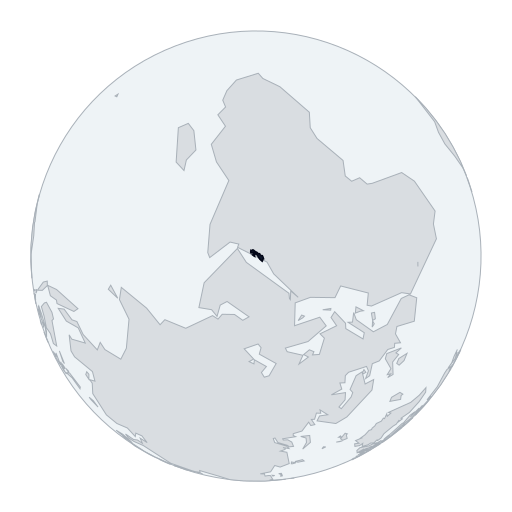 the Earth from above Semenawi Keyih Bahri, rotated 159°
{"feature_id": "ERI-1562", "entity_name": "Semenawi Keyih Bahri", "entity_type": "Region", "adm_level": 1, "iso_a3": "ERI", "parent_name": "Eritrea", "parent_adm1": "", "projection": "orthographic", "projection_center": [39.644, 16.17], "detail": "fine", "context": "on_globe", "style": "filled", "palette": "ink", "viewbox_px": 512, "rotation_deg": 159, "n_neighbors": 0, "source": "natural_earth", "source_scale": "10m", "svg_char_len": 12142}
<svg xmlns="http://www.w3.org/2000/svg" viewBox="0 0 512 512"><g transform="rotate(159 256 256)"><circle cx="256" cy="256" r="225" fill="#eef3f6" stroke="#a8b0b8"/><path d="M200.3,37.7L200.2,37.7L199.5,37.9L200.3,37.7ZM196.1,38.8L198.0,38.4L202.8,37.2L205.6,36.6L204.9,37.0L198.5,38.4L198.0,38.5L195.7,39.2L192.9,39.9L193.9,39.7L186.3,41.9L192.7,40.4L185.6,42.8L180.9,44.1L183.0,43.0L181.1,43.5L196.1,38.8ZM147.0,58.9L153.1,55.6L155.2,54.6L163.4,50.8L160.4,52.6L153.1,56.6L146.1,60.1L142.7,62.3L147.9,60.4L133.6,69.0L121.9,79.1L118.4,81.6L114.0,82.9L117.5,78.6L114.0,81.1L130.0,69.3L147.0,58.9ZM112.4,82.4L113.7,81.7L104.9,89.2L102.7,91.3L102.1,92.2L104.8,90.2L101.4,93.4L98.3,95.2L101.3,92.2L102.3,91.5L103.9,89.9L112.4,82.4ZM31.4,238.4L31.4,239.1L30.8,249.9L30.7,253.6L31.4,238.4ZM30.7,255.4L30.8,258.8L30.9,262.6L34.7,278.1L39.5,292.9L41.3,306.1L41.1,317.3L49.8,346.3L50.2,347.7L44.3,333.0L39.4,317.9L35.6,302.6L32.9,287.0L31.2,271.2L30.7,255.4ZM164.5,50.2L163.9,50.5L162.7,51.0L164.5,50.2ZM168.5,48.4L167.5,48.8L169.3,48.1L169.9,47.8L168.5,48.4ZM176.8,45.1L180.7,43.8L169.4,48.2L172.4,46.8L176.8,45.1ZM204.7,36.7L199.5,38.0L204.5,36.7L204.7,36.7ZM229.4,32.3L228.5,32.4L222.6,33.3L218.2,33.9L220.8,33.6L207.2,36.1L208.6,35.8L229.4,32.3ZM301.7,35.4L301.3,35.4L299.8,35.0L301.7,35.4ZM207.1,36.3L208.7,35.9L215.2,34.7L213.1,35.4L211.6,35.5L207.1,36.3ZM238.2,31.4L239.8,31.3L229.1,32.4L230.8,32.1L238.2,31.4ZM209.8,36.0L211.8,35.9L208.1,36.9L205.9,36.8L209.8,36.0ZM217.7,34.1L220.7,33.7L218.3,34.1L217.7,34.1ZM196.2,41.2L198.0,40.2L201.5,39.4L196.2,41.2ZM212.8,35.9L214.1,35.6L215.6,35.2L216.2,35.5L212.8,35.9ZM229.5,32.5L228.4,32.7L233.9,32.0L233.8,32.3L226.7,33.1L229.7,32.9L229.7,33.0L223.9,33.6L229.5,32.5ZM221.5,34.9L212.4,36.6L208.2,38.4L205.0,39.0L212.3,36.2L221.5,34.9ZM223.4,34.0L221.5,34.7L218.4,34.9L217.8,34.7L223.4,34.0ZM236.3,32.4L238.3,31.7L239.7,31.6L236.3,32.4ZM220.9,35.3L223.1,35.0L220.9,35.4L220.9,35.3ZM232.2,33.1L232.7,32.8L234.4,32.7L232.2,33.1ZM227.1,34.7L224.1,35.1L223.6,34.8L227.1,34.7ZM229.9,33.9L232.1,33.8L225.2,34.5L229.9,33.7L229.9,33.9ZM233.7,33.1L234.9,32.9L233.3,33.2L233.7,33.1ZM230.6,35.8L222.0,36.6L221.0,35.9L229.4,35.1L230.6,35.8ZM348.0,50.4L351.5,52.0L348.6,50.7L351.9,52.3L359.2,55.9L360.4,56.5L369.1,63.4L385.5,75.9L385.7,74.0L391.1,77.1L409.9,93.1L429.1,119.4L436.4,126.6L440.3,132.1L441.6,136.6L436.0,128.5L432.6,126.7L429.2,121.9L429.4,127.4L424.5,120.8L427.0,129.0L431.7,133.7L433.4,130.7L437.7,141.5L445.9,149.5L452.6,161.3L457.7,186.0L454.5,195.9L455.5,200.1L451.2,196.9L450.1,206.7L461.5,226.9L462.7,233.7L458.7,249.4L457.8,244.4L446.6,235.9L447.7,252.6L456.4,263.2L459.4,278.0L454.2,275.2L450.7,262.4L446.7,259.0L445.5,244.6L437.8,225.2L432.4,231.2L430.6,222.8L419.2,208.1L410.1,216.3L397.2,242.5L399.1,264.2L393.0,275.0L376.8,246.5L370.2,226.2L363.9,229.2L347.5,213.7L317.9,215.9L314.1,210.7L308.4,213.7L297.0,209.1L291.4,200.7L284.3,201.7L299.3,223.9L307.0,223.0L314.0,213.6L316.7,221.8L327.8,228.3L314.0,249.6L270.7,269.7L267.3,253.5L238.6,209.4L240.0,204.4L239.9,203.9L239.6,202.9L236.1,210.9L231.4,202.3L245.9,233.0L247.9,246.4L270.1,270.7L267.8,273.3L275.2,278.3L299.8,271.1L299.8,276.5L287.6,302.0L254.3,336.2L259.2,358.0L257.7,376.3L238.0,388.1L241.0,401.5L231.0,406.0L231.2,413.4L223.9,420.8L211.2,427.3L188.4,425.8L186.0,419.3L173.0,405.4L154.7,371.1L159.4,356.3L156.9,343.8L140.5,314.0L144.0,298.7L139.9,291.5L131.2,291.9L126.5,283.3L121.4,282.2L90.1,281.7L81.3,269.1L72.7,233.8L78.9,222.3L81.4,207.4L125.4,165.2L133.2,169.6L166.1,167.9L169.9,170.2L164.4,181.2L187.7,197.7L197.2,188.8L220.0,197.9L236.2,198.2L245.0,177.1L218.4,176.0L215.5,165.6L238.1,157.5L261.6,159.5L261.2,155.5L247.8,146.5L254.6,139.7L243.3,142.9L246.8,146.9L239.8,149.3L236.2,145.9L238.7,143.4L232.1,141.4L221.6,154.8L224.1,160.4L205.7,162.0L208.0,171.7L202.5,175.8L196.5,161.1L198.2,156.0L185.8,140.2L182.4,145.6L193.8,161.1L189.6,159.7L185.1,168.2L185.2,160.6L173.6,143.2L158.0,145.0L135.6,164.3L127.0,164.9L120.9,159.4L131.6,138.4L149.7,139.7L153.7,133.3L152.2,123.2L157.8,124.8L159.5,121.1L166.5,121.5L178.5,113.9L186.0,113.8L192.8,103.5L197.6,102.3L192.2,108.5L192.4,113.3L211.2,114.3L215.5,112.3L218.4,105.8L223.2,107.4L223.6,101.0L235.4,99.4L221.4,96.4L224.4,89.8L232.7,85.3L231.1,82.9L217.7,90.3L214.6,93.9L216.0,97.7L205.4,108.4L198.5,109.8L200.0,97.4L190.4,98.5L195.8,89.3L228.8,73.2L241.5,71.0L258.1,80.2L254.0,83.9L245.9,82.1L251.4,89.4L251.9,86.0L255.9,87.7L259.8,82.6L262.9,83.6L261.5,77.5L265.6,78.1L266.4,82.0L275.8,76.1L284.9,76.8L285.6,75.1L283.7,73.1L296.6,75.8L296.5,74.4L292.2,73.0L289.3,69.5L289.2,64.8L293.6,66.0L294.3,67.8L302.4,74.0L303.5,79.3L305.3,79.4L305.4,75.1L295.5,67.5L294.2,64.4L299.5,67.5L297.5,66.1L298.2,65.0L303.1,65.1L297.5,61.7L299.4,50.3L309.1,50.3L313.6,53.7L319.7,49.3L330.1,51.1L326.2,49.5L326.4,47.3L323.1,46.6L321.2,45.8L320.4,41.5L323.6,42.0L318.8,39.8L316.7,39.2L314.0,38.6L308.3,36.9L328.5,42.7L348.0,50.4ZM108.6,188.2L107.0,192.5L108.6,188.2ZM285.6,173.1L300.3,173.6L295.1,160.6L300.3,159.9L296.6,156.0L294.7,159.7L285.9,149.1L292.7,145.3L291.7,139.9L286.7,139.5L275.7,148.4L288.1,163.2L284.1,168.6L285.6,173.1ZM105.1,89.0L104.0,90.5L103.1,91.0L105.1,89.0ZM107.0,91.4L101.5,96.6L104.9,93.0L102.6,94.3L106.9,88.8L116.8,82.6L111.5,86.2L107.0,91.4ZM115.3,80.7L111.5,84.3L115.2,80.7L115.3,80.7ZM161.5,102.8L163.1,105.3L159.4,109.1L149.9,111.0L155.3,105.3L161.5,102.8ZM166.4,108.1L170.5,96.3L176.6,95.3L172.5,97.7L176.0,98.2L170.4,102.5L172.1,113.7L168.9,118.0L153.2,118.1L160.1,115.4L158.1,112.9L166.4,108.1ZM170.5,73.8L172.4,70.3L183.1,72.3L180.1,75.5L170.5,77.1L168.4,74.4L170.5,73.8ZM177.6,46.1L177.6,45.7L179.4,45.2L180.8,45.0L177.6,46.1ZM196.7,40.8L179.3,47.4L178.4,47.2L169.3,52.1L163.4,53.7L169.6,50.3L158.2,55.6L161.5,53.2L154.0,57.0L168.3,49.3L170.8,47.9L170.2,48.7L175.5,47.2L178.5,46.2L188.9,42.3L196.7,39.1L203.2,37.7L205.7,37.5L204.8,38.1L200.9,38.7L202.5,39.0L196.2,40.4L196.7,40.8ZM231.2,45.3L227.0,44.3L229.2,48.0L222.8,48.2L223.5,48.6L218.2,50.0L212.9,52.7L210.3,52.5L209.4,53.6L205.9,54.8L203.7,56.5L198.2,56.9L195.2,59.0L194.3,58.1L190.5,61.8L190.9,59.3L186.4,61.0L188.4,62.5L164.0,63.9L153.5,67.5L144.5,72.2L146.4,68.1L156.0,61.5L168.8,55.0L178.7,52.6L177.7,51.5L182.2,50.2L181.1,51.6L185.4,48.7L188.8,48.1L200.2,44.3L204.4,41.3L208.7,40.1L208.8,41.0L213.0,39.3L216.0,40.3L219.2,39.6L225.2,40.2L223.5,42.8L227.2,41.9L231.9,42.8L231.2,45.3ZM232.1,36.0L231.5,38.3L227.7,39.8L218.7,38.2L215.4,38.7L209.5,38.4L215.1,36.4L216.3,36.6L218.7,36.4L216.0,37.0L220.0,36.4L221.8,36.8L225.4,36.4L224.2,37.2L232.1,36.0ZM175.3,166.4L178.5,167.1L183.7,167.1L180.9,172.7L175.3,166.4ZM167.1,154.6L170.2,154.1L168.7,161.4L165.5,160.9L167.1,154.6ZM173.0,148.0L170.4,153.6L169.9,150.3L173.0,148.0ZM195.1,108.0L198.4,107.5L198.3,109.0L195.9,111.3L195.1,108.0ZM236.3,58.6L234.5,57.2L235.8,56.7L236.3,53.0L241.0,52.9L242.6,55.1L236.3,58.6ZM239.8,180.6L234.5,184.5L232.3,182.5L234.6,181.5L239.8,180.6ZM205.7,178.7L213.0,181.9L204.9,180.2L205.7,178.7ZM241.6,57.8L241.2,56.2L243.8,57.2L241.6,57.8ZM244.5,52.7L247.8,53.5L241.6,52.5L244.5,52.7ZM328.9,454.5L330.2,455.9L326.8,456.6L328.9,454.5ZM296.9,372.3L282.5,403.6L271.7,404.1L269.1,395.3L274.1,376.5L286.6,370.6L292.6,361.6L296.9,372.3ZM474.3,303.4L475.2,303.0L475.0,304.0L474.3,303.4ZM473.5,301.3L474.9,300.1L472.9,303.8L473.5,301.3ZM475.4,299.6L476.9,296.1L477.5,293.8L477.1,296.0L475.4,299.6ZM472.3,302.4L463.9,307.9L459.9,307.4L461.4,303.2L467.8,300.5L472.3,302.4ZM461.0,303.3L454.2,296.2L441.1,270.6L445.9,269.5L458.8,282.9L458.1,286.4L462.2,292.6L461.0,303.3ZM475.4,275.8L474.5,285.7L470.4,288.0L468.2,287.9L466.7,276.6L467.6,269.8L469.6,268.9L474.3,243.4L476.5,246.9L475.7,257.2L477.4,264.2L475.4,275.8ZM400.2,266.1L405.8,277.9L402.1,280.8L400.2,266.1ZM474.1,227.0L473.6,237.9L473.4,224.2L474.1,227.0ZM472.7,214.7L473.8,219.2L472.2,215.5L472.7,214.7ZM457.4,206.4L455.5,208.6L454.4,205.5L456.2,200.8L457.4,206.4ZM457.6,171.6L461.4,180.7L462.4,184.0L459.7,179.1L457.6,171.6ZM281.6,59.0L275.7,63.8L274.5,68.1L278.9,71.5L270.2,69.2L272.0,62.5L281.6,59.0ZM296.7,51.0L292.9,48.7L296.2,48.9L297.5,49.4L296.7,51.0ZM293.3,50.2L285.6,49.2L284.5,47.4L290.8,48.5L293.3,50.2ZM263.5,52.4L261.4,53.7L259.3,52.8L263.5,52.4ZM436.6,390.7L436.3,390.7L441.1,384.0L450.1,367.1L450.7,366.8L456.2,354.6L465.6,337.9L473.3,315.5L468.2,331.6L462.0,347.2L454.6,362.3L446.1,376.8L436.6,390.7ZM478.6,290.6L476.4,301.1L478.4,291.7L478.7,290.3L478.6,290.6ZM480.7,270.7L480.5,273.3L480.5,272.0L480.7,270.7ZM480.8,270.4L480.8,270.7L480.9,268.4L480.9,268.6L480.8,270.4ZM478.2,265.4L478.6,270.8L479.9,265.2L478.9,272.1L479.1,280.7L478.5,284.9L478.5,275.4L477.3,286.8L476.7,287.4L477.0,278.4L478.0,266.1L478.6,260.6L480.5,255.5L478.2,265.4ZM481.2,261.1L481.1,254.6L481.0,249.7L481.2,252.8L481.2,261.1ZM479.6,239.6L477.9,233.0L477.5,237.3L477.4,223.9L479.2,232.3L479.6,239.6ZM476.6,223.5L476.3,227.3L475.9,219.8L476.6,223.5ZM475.6,225.0L474.4,219.7L475.3,219.5L475.6,225.0ZM477.0,223.1L475.3,213.8L476.6,218.7L477.0,223.1ZM471.3,208.1L474.9,215.0L472.0,213.7L467.0,196.6L467.9,195.1L471.3,208.1ZM445.2,136.0L442.3,131.8L441.7,130.0L443.9,133.3L445.2,136.0ZM437.1,122.0L440.6,128.3L443.0,134.1L444.5,135.5L449.0,143.5L444.3,137.4L439.3,127.9L438.3,124.9L433.8,118.7L430.4,113.8L424.4,106.8L421.5,103.4L426.7,109.0L437.1,122.0ZM414.0,95.4L418.8,100.3L418.0,99.8L421.8,104.0L410.1,92.2L411.0,92.5L413.6,95.0L414.0,95.4ZM407.6,89.6L406.7,89.1L387.7,74.7L383.9,71.9L398.8,82.1L398.8,82.4L403.3,86.1L407.6,89.6ZM303.8,35.9L301.6,35.5L303.2,35.8L303.8,35.9ZM319.5,45.5L317.2,44.4L319.1,44.5L319.5,45.5ZM311.9,41.7L311.3,42.3L310.1,41.1L311.9,41.7ZM310.2,44.0L310.1,42.3L312.8,44.7L310.2,44.0Z" fill="#d9dde1" stroke="#a8b0b8" stroke-width="1"/><path d="M250.6,250.7L250.8,250.6L250.8,250.4L251.1,250.2L251.5,249.4L251.6,249.2L252.1,248.8L252.2,249.0L252.3,249.2L252.3,249.3L252.4,249.5L252.5,249.6L252.8,250.1L253.1,250.7L253.3,251.2L253.4,251.5L253.5,251.6L253.4,251.7L253.5,251.9L253.6,252.0L253.7,252.4L253.8,252.6L253.8,252.8L253.9,253.0L253.9,253.3L254.1,253.5L254.1,253.8L254.2,254.0L254.1,254.3L254.2,254.6L254.2,254.8L254.3,254.9L254.3,255.1L254.3,255.3L254.3,255.5L254.4,256.0L254.5,256.2L254.5,256.4L254.7,256.9L254.8,257.1L255.0,257.2L255.0,257.3L255.2,257.5L255.2,257.8L255.3,257.9L255.4,258.0L255.2,258.1L255.3,258.2L255.2,258.2L255.2,258.3L255.3,258.4L255.3,258.5L255.5,258.6L255.8,258.5L256.1,259.3L256.2,259.5L256.3,259.6L256.2,259.8L256.2,260.1L256.3,260.2L256.3,260.3L256.4,260.2L256.4,260.3L256.5,260.3L256.7,260.2L256.8,259.9L256.7,259.7L256.5,259.4L256.5,259.2L256.6,258.8L256.7,258.7L256.7,258.8L256.8,258.7L257.0,258.8L257.4,259.1L257.5,259.1L257.7,259.3L257.5,259.5L257.5,259.8L257.7,260.0L257.7,260.3L257.8,260.3L257.9,260.5L258.0,260.7L258.3,260.8L258.5,260.9L258.7,260.7L258.8,260.6L259.0,260.7L259.3,260.7L259.5,260.6L259.5,260.8L259.6,261.3L259.6,261.5L259.5,261.8L259.2,262.3L259.0,262.7L258.7,263.2L258.4,262.9L258.1,262.8L257.8,262.7L257.7,262.7L257.5,262.8L257.4,262.8L257.3,262.7L257.2,262.7L257.1,262.8L256.9,262.9L256.7,262.7L256.3,262.6L255.0,260.3L254.9,260.1L254.8,259.9L254.6,259.8L254.3,259.6L254.1,259.5L253.9,259.2L253.6,258.7L253.4,258.3L253.3,257.9L252.9,257.3L252.9,257.2L252.3,257.1L252.2,257.1L251.8,256.9L251.7,256.7L251.7,256.3L251.7,256.2L251.8,256.0L251.8,255.9L251.7,255.7L251.6,255.4L251.4,255.2L251.2,254.8L251.2,254.7L251.1,254.4L250.1,254.2L249.9,254.0L249.9,253.8L250.0,253.6L250.0,253.4L249.9,253.3L249.9,253.2L249.8,252.9L249.8,252.7L249.9,251.1L249.9,250.6L250.0,250.6L250.1,250.8L250.3,250.7L250.5,250.6L250.6,250.7ZM258.8,258.1L258.9,258.3L258.7,258.3L258.4,258.3L258.2,258.3L258.1,258.2L257.9,258.3L257.8,258.2L257.7,258.3L257.4,258.2L257.2,258.1L257.1,257.8L257.2,258.0L257.3,258.0L257.5,258.1L257.6,257.9L257.4,257.7L257.1,257.7L257.3,257.6L257.3,257.4L257.5,257.4L257.5,257.2L257.4,257.2L257.2,257.2L257.3,257.1L257.6,257.2L257.7,257.3L257.7,257.5L257.8,257.5L257.8,257.4L257.9,257.5L257.9,257.8L258.0,258.0L258.3,258.0L258.2,257.9L258.3,257.8L258.5,257.8L258.6,258.0L258.8,258.1L258.8,258.1ZM257.7,256.5L257.8,256.7L257.7,256.7L257.3,256.6L257.4,256.4L257.5,256.4L257.5,256.2L257.6,256.3L257.8,256.4L257.8,256.5L257.7,256.5Z" fill="#0f172a" stroke="#020617" stroke-width="1.5"/></g></svg>